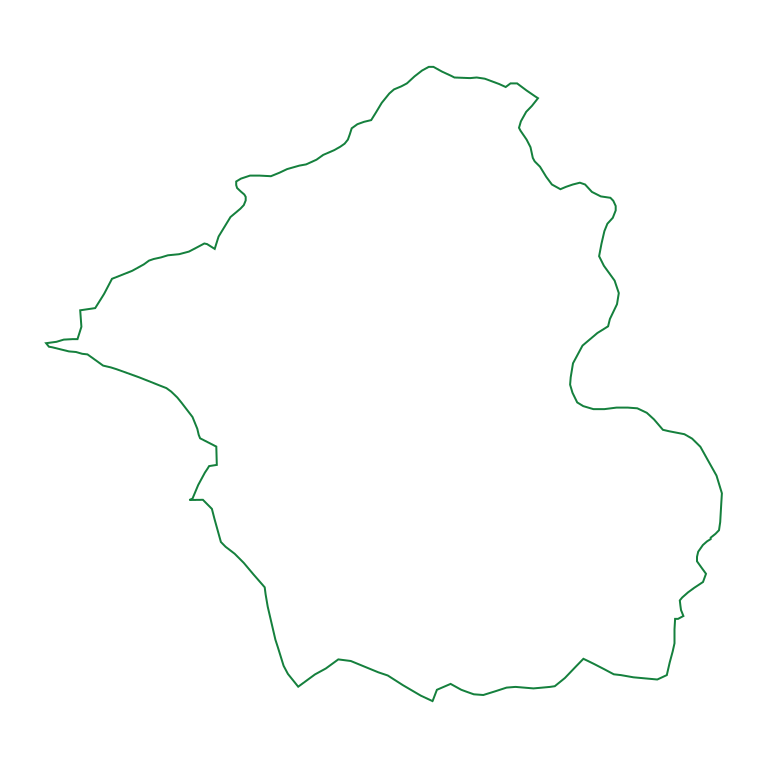 Rawanduz, Arbil, Iraq
{"feature_id": "34846034B23954207715880", "entity_name": "Rawanduz", "entity_type": "district", "adm_level": 2, "iso_a3": "IRQ", "parent_name": "Iraq", "parent_adm1": "Arbil", "projection": "natural_earth1", "projection_center": [44.626, 36.804], "detail": "fine", "context": "isolated", "style": "outline", "palette": "green", "viewbox_px": 768, "rotation_deg": 0, "n_neighbors": 0, "source": "geoboundaries", "source_scale": "gbopen_adm2", "svg_char_len": 3030}
<svg xmlns="http://www.w3.org/2000/svg" viewBox="0 0 768 768"><path d="M46.1,343.2L48.9,346.7L52.3,347.3L68.9,351.4L76.0,352.0L82.2,353.8L87.5,354.4L103.1,365.6L110.8,367.4L116.5,369.2L139.3,377.4L160.2,385.7L166.4,388.1L171.2,391.6L177.3,397.5L181.6,402.8L192.5,417.0L197.3,428.8L198.7,434.8L200.1,438.3L216.3,446.6L216.8,464.9L209.1,466.1L207.7,468.4L204.9,472.6L198.2,485.0L192.5,498.6L189.3,500.0L202.9,499.8L211.9,508.9L214.5,519.0L220.9,542.0L225.6,546.8L234.6,553.7L243.7,562.8L253.1,574.0L264.7,587.3L265.6,594.3L267.7,606.6L275.4,639.7L277.9,647.4L283.6,665.8L287.9,673.9L298.2,686.7L315.0,674.4L325.8,668.5L338.3,659.4L346.9,660.5L350.8,661.0L378.3,672.3L387.8,675.5L402.8,685.1L420.9,695.7L432.5,701.1L432.7,700.8L436.9,689.8L450.6,683.9L461.3,689.8L467.0,691.9L473.8,694.3L483.3,695.0L495.2,691.3L506.6,687.6L515.5,686.9L533.4,688.4L540.3,687.8L550.0,686.9L554.8,686.2L564.9,678.0L576.2,666.2L583.4,658.8L587.6,660.8L594.1,664.0L604.2,669.2L613.8,674.3L620.9,675.1L633.4,677.3L657.3,679.5L666.8,675.1L669.7,662.5L672.7,651.4L674.5,643.3L674.5,629.3L675.1,618.9L678.0,618.9L683.4,616.0L681.0,610.0L680.4,605.6L679.8,600.4L682.2,597.5L688.1,592.3L694.1,587.9L703.0,582.0L706.0,573.8L701.2,567.2L697.0,561.3L697.0,556.8L697.1,556.4L698.2,551.7L702.9,545.0L707.1,541.3L710.7,539.1L710.7,537.6L715.4,533.9L719.0,530.2L720.2,522.1L721.3,502.9L721.9,493.3L716.5,475.6L708.2,460.8L700.4,446.8L692.1,438.6L684.4,434.2L668.9,431.2L662.9,429.8L654.0,419.4L646.8,412.8L637.3,408.3L627.8,407.6L616.5,407.6L604.6,409.1L598.6,409.1L593.3,409.1L583.2,406.1L577.2,402.4L572.5,392.8L570.1,384.7L570.7,377.3L573.0,363.3L582.5,345.6L597.4,333.0L608.1,326.3L609.9,319.0L617.0,304.2L618.8,293.1L614.6,280.6L603.9,265.8L599.1,256.2L601.5,243.6L604.4,231.1L607.4,223.7L612.8,217.8L615.7,210.4L615.7,206.0L613.3,200.8L610.4,197.8L600.8,196.4L591.9,191.9L585.1,184.5L579.9,182.7L572.8,184.5L566.1,186.8L560.4,189.2L551.9,184.5L546.2,176.8L540.0,166.7L534.7,161.4L532.8,157.9L530.5,147.2L526.6,139.6L520.5,130.7L519.0,127.8L520.9,121.3L526.2,111.8L531.9,105.9L538.0,98.2L535.2,96.4L526.6,90.5L517.1,83.4L510.5,83.4L505.7,87.0L499.1,84.0L484.8,78.7L476.7,77.5L470.1,78.1L454.4,77.5L451.1,75.8L442.0,71.6L433.5,66.9L428.7,66.9L422.1,70.5L414.5,76.4L406.9,83.4L403.5,85.2L401.2,86.4L394.0,89.4L389.3,93.5L381.7,102.9L376.0,112.4L371.2,120.1L364.1,121.8L357.4,124.2L351.7,128.3L349.8,134.3L347.9,139.6L344.6,143.7L340.3,146.7L334.1,150.2L323.2,154.9L316.5,159.7L306.1,164.4L299.4,165.6L287.1,169.1L279.5,172.7L270.9,176.2L259.5,175.6L250.0,175.6L241.0,178.6L236.2,181.5L236.2,185.1L237.1,188.0L240.9,191.6L244.3,194.5L245.7,196.9L245.7,200.4L243.8,205.1L240.4,208.7L230.5,217.0L221.9,231.1L218.6,236.5L216.2,244.1L215.1,247.7L214.7,248.9L207.1,244.1L204.3,243.5L196.2,247.8L188.9,251.6L179.1,254.2L167.9,255.3L161.0,257.4L153.7,259.0L149.0,260.6L143.8,264.4L132.2,270.8L112.0,278.8L104.2,293.7L103.1,295.5L95.2,308.1L80.2,310.3L81.4,326.8L77.5,339.1L73.2,339.1L63.8,339.6L56.5,341.8L46.1,343.2Z" fill="none" stroke="#15803d" stroke-width="2"/></svg>